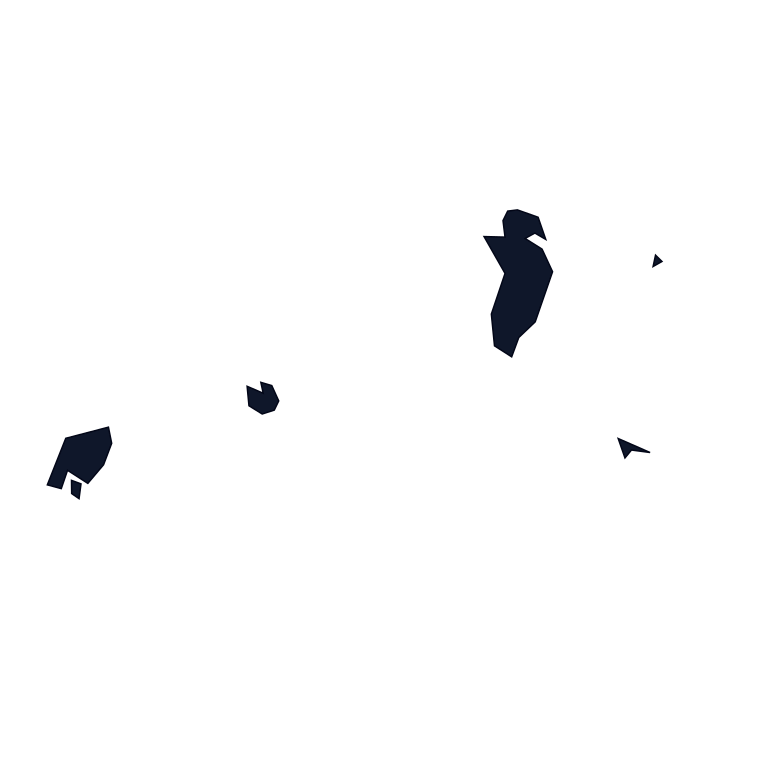 Temotu, orthographic projection, rotated 113°
{"feature_id": "SLB-1934", "entity_name": "Temotu", "entity_type": "Province", "adm_level": 1, "iso_a3": "SLB", "parent_name": "Solomon Islands", "parent_adm1": "", "projection": "orthographic", "projection_center": [166.516, -11.046], "detail": "coarse", "context": "isolated", "style": "filled", "palette": "ink", "viewbox_px": 768, "rotation_deg": 113, "n_neighbors": 0, "source": "natural_earth", "source_scale": "10m", "svg_char_len": 776}
<svg xmlns="http://www.w3.org/2000/svg" viewBox="0 0 768 768"><g transform="rotate(113 384 384)"><path d="M309.1,277.1L305.7,297.2L277.7,312.5L234.9,315.8L209.2,349.5L201.5,330.0L187.1,338.3L176.5,337.7L171.6,329.2L170.3,307.3L187.7,291.6L186.1,304.1L194.9,311.0L198.1,291.2L214.8,272.7L267.7,269.1L288.5,278.1L309.1,277.1ZM591.2,617.8L587.1,641.6L606.4,640.2L608.4,654.5L558.3,655.7L531.4,620.8L545.0,611.5L567.9,610.6L591.2,617.8ZM456.8,499.8L439.6,509.1L439.7,491.6L430.6,498.0L429.3,486.7L440.7,474.3L450.9,474.8L459.2,484.4L456.8,499.8ZM348.1,130.4L357.9,133.3L342.7,147.1L343.1,112.3L348.1,130.4ZM608.7,619.9L606.9,628.7L594.8,634.0L594.3,623.9L608.7,619.9ZM170.7,182.2L159.3,184.4L162.6,176.0L170.7,182.2Z" fill="#0f172a" stroke="#020617" stroke-width="1.5"/></g></svg>